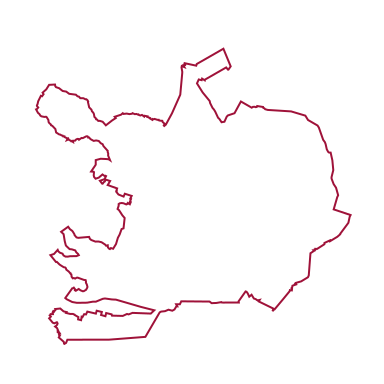 outline of Guadalupe Victoria, Puebla, Mexico, rotated 174°
{"feature_id": "50627088B92616914414309", "entity_name": "Guadalupe Victoria", "entity_type": "district", "adm_level": 2, "iso_a3": "MEX", "parent_name": "Mexico", "parent_adm1": "Puebla", "projection": "mercator", "projection_center": [-97.339, 19.307], "detail": "fine", "context": "isolated", "style": "outline", "palette": "rose", "viewbox_px": 384, "rotation_deg": 174, "n_neighbors": 0, "source": "geoboundaries", "source_scale": "gbopen_adm2", "svg_char_len": 5986}
<svg xmlns="http://www.w3.org/2000/svg" viewBox="0 0 384 384"><g transform="rotate(174 192 192)"><path d="M339.7,61.3L335.2,56.4L335.1,54.6L334.8,54.3L333.0,55.1L331.4,58.1L289.5,53.8L253.5,52.8L236.7,75.7L235.2,76.3L231.3,76.3L227.7,77.4L224.0,76.0L221.7,77.0L219.5,79.9L218.6,79.8L219.5,82.0L215.8,81.6L214.1,84.4L186.0,81.2L184.1,79.4L179.3,79.1L174.7,79.4L174.7,79.2L172.8,78.8L157.0,77.2L157.1,78.4L149.1,87.5L148.2,87.1L147.2,85.4L146.0,81.9L143.5,83.6L141.6,79.6L139.8,78.8L138.7,77.7L137.5,77.4L136.0,77.6L137.1,76.2L123.2,67.5L124.4,65.0L122.5,67.0L122.1,66.7L112.8,75.7L105.3,83.1L104.9,84.2L103.0,83.7L102.6,85.4L103.1,86.0L102.4,86.6L101.9,88.3L98.0,89.2L98.2,89.7L99.6,89.4L98.5,90.7L92.8,91.7L85.6,95.1L84.6,96.8L80.6,118.7L76.8,120.7L77.2,121.3L76.0,121.2L76.0,121.9L75.4,121.9L75.3,122.6L73.6,122.3L65.8,126.2L65.6,127.5L58.6,129.9L61.0,128.1L52.1,132.3L49.0,134.5L49.0,134.9L39.7,145.0L37.8,150.8L36.7,152.5L52.9,159.9L48.1,171.7L47.0,173.5L48.3,181.2L50.3,185.0L51.8,190.7L51.7,192.1L49.2,199.0L49.1,208.8L50.0,216.7L51.6,216.9L52.4,217.7L53.5,220.4L54.1,225.6L54.6,227.6L56.1,230.2L59.1,242.8L60.2,245.0L69.1,251.5L71.3,256.1L85.0,261.8L108.1,265.7L110.6,266.7L111.3,267.7L112.3,268.2L112.4,269.1L118.2,270.7L118.7,269.8L119.8,269.7L120.7,270.2L122.5,270.3L123.8,269.6L133.9,276.9L141.5,265.9L148.3,264.4L149.6,263.3L152.4,258.5L155.3,258.3L157.2,261.9L158.3,263.1L160.5,269.5L161.6,271.8L162.8,273.5L164.7,278.6L164.9,280.6L171.0,289.9L175.7,299.5L173.5,303.2L170.7,302.2L170.1,303.7L167.6,301.7L167.4,302.4L145.0,312.3L143.4,309.9L143.0,309.9L140.4,312.9L145.8,331.2L173.9,318.8L174.6,317.2L185.9,320.9L186.1,320.4L185.3,319.5L185.5,319.0L187.3,319.0L186.5,317.0L189.0,318.3L189.4,317.0L189.1,312.5L189.3,311.2L193.5,290.0L203.7,272.3L211.0,261.7L212.7,260.6L213.1,261.2L211.9,262.5L213.9,264.7L214.1,265.9L216.4,266.3L217.6,266.8L217.6,267.3L218.9,267.4L221.6,268.6L222.5,268.3L223.4,268.7L223.9,267.9L226.2,269.6L226.0,270.0L228.7,271.4L228.4,271.9L231.3,272.8L231.7,272.0L233.7,273.9L235.3,273.5L236.7,274.1L237.1,274.8L237.9,274.7L239.0,275.4L240.8,275.4L242.9,276.6L243.5,276.1L246.1,276.0L248.7,276.8L252.0,276.8L252.6,277.6L254.5,276.3L261.0,274.9L260.1,273.5L264.0,271.5L270.7,267.3L273.5,271.2L276.3,272.4L277.8,272.5L279.1,274.2L279.8,274.4L279.9,275.3L281.2,276.9L281.4,279.8L281.9,281.2L283.1,282.8L283.4,284.4L285.4,286.9L286.1,292.5L285.8,292.9L286.4,294.3L287.4,295.3L288.2,295.3L290.2,296.6L293.3,297.0L294.4,298.6L295.9,299.2L297.3,300.9L303.9,302.5L306.6,305.0L310.1,306.0L313.3,309.1L316.3,310.5L316.9,311.5L317.0,313.2L322.9,313.5L326.2,309.3L330.2,306.4L329.4,304.8L331.1,302.9L332.2,303.5L335.5,298.3L336.4,295.6L337.2,294.3L337.2,293.7L336.1,292.1L337.8,290.5L338.4,290.4L336.9,286.8L335.7,285.6L334.8,283.8L333.9,283.0L331.0,282.1L329.3,282.1L328.7,281.6L327.3,278.6L327.3,276.6L326.7,275.4L325.3,273.9L325.2,273.1L324.0,272.4L321.3,268.9L320.9,265.4L318.0,263.1L317.1,262.9L315.6,261.8L314.7,261.6L314.4,260.8L313.0,260.7L312.9,259.9L310.3,258.3L309.6,258.4L309.2,257.3L309.7,257.6L310.6,257.4L311.0,256.7L309.6,257.2L307.2,255.6L306.8,255.0L306.2,255.1L305.1,254.2L305.2,255.4L302.9,255.3L301.8,256.3L300.4,256.8L299.3,256.6L298.9,255.8L296.2,257.3L295.0,257.0L291.4,258.4L290.4,258.4L289.8,258.0L289.6,257.0L288.7,257.0L287.4,255.2L285.0,253.5L284.4,253.1L282.0,253.3L279.4,252.5L277.6,250.0L275.9,248.9L275.2,246.8L271.5,241.7L271.7,240.7L271.3,239.1L271.6,237.0L270.2,232.2L271.4,233.2L272.9,233.6L279.3,234.6L284.4,233.8L284.9,229.2L290.2,222.9L287.7,222.4L287.4,222.0L288.0,218.8L287.8,217.2L286.5,215.3L283.3,216.0L279.2,218.8L276.7,216.6L276.2,217.1L275.8,216.8L277.7,213.9L282.4,212.8L280.5,209.7L280.0,209.6L278.5,211.2L277.7,211.5L276.4,213.3L272.3,211.5L275.1,207.7L266.1,203.4L267.2,200.9L266.8,200.7L267.2,200.0L265.4,197.2L260.5,194.6L259.0,197.3L252.4,194.4L254.1,191.8L253.4,191.4L254.8,188.7L254.0,188.3L255.1,186.3L256.1,187.2L256.7,187.0L257.1,187.7L258.2,186.6L258.7,186.5L261.2,187.9L263.0,188.4L265.0,188.3L266.2,187.7L266.4,185.9L267.8,182.9L266.5,181.6L263.7,176.1L261.7,173.2L263.9,163.0L265.9,162.5L268.4,157.3L270.5,154.2L273.0,148.2L276.4,143.8L278.5,144.7L279.6,143.8L280.2,144.1L281.4,145.7L281.4,147.8L283.0,147.5L283.9,148.8L287.2,151.5L290.1,152.5L293.3,152.8L297.2,154.8L298.5,156.2L299.0,158.1L309.9,158.3L311.6,158.9L313.3,161.4L313.3,162.1L314.5,164.7L315.2,165.9L317.3,167.8L318.8,170.4L326.3,166.1L324.1,163.5L323.7,156.4L323.1,152.3L322.7,151.5L319.7,148.0L317.4,147.5L314.2,146.1L313.4,144.1L311.8,142.3L311.2,141.0L313.7,140.3L319.9,140.9L322.3,140.7L324.6,141.0L326.4,142.3L327.2,144.2L329.8,145.5L331.1,146.9L331.6,148.5L335.7,144.8L339.4,144.0L334.6,136.6L333.7,136.6L331.3,133.7L329.6,132.3L327.4,130.6L326.0,130.2L325.4,129.4L325.1,127.9L322.8,125.7L321.7,124.0L321.3,123.9L321.2,123.1L320.6,122.6L320.6,120.3L319.6,118.6L318.5,118.8L317.3,118.1L315.8,118.8L314.7,118.8L308.7,115.9L307.0,115.5L306.8,113.9L307.0,112.9L306.3,111.1L305.9,108.8L306.1,107.9L307.6,105.8L310.0,104.7L311.0,104.7L313.2,105.9L314.8,107.4L317.9,105.9L318.7,106.5L318.3,107.2L319.5,109.2L320.2,108.7L321.1,108.8L329.1,99.8L327.9,98.5L322.6,95.1L318.0,93.8L308.0,92.9L301.9,93.3L299.0,93.0L291.9,95.1L289.7,95.2L282.8,93.5L278.9,92.9L254.9,83.1L241.9,78.3L245.7,75.4L263.8,78.0L267.8,76.9L269.4,77.5L273.8,76.0L284.5,77.4L284.7,78.7L290.0,80.6L291.1,77.5L295.3,79.2L294.2,82.1L299.2,83.9L300.3,81.1L308.6,84.0L310.2,81.3L312.0,81.8L314.0,79.0L314.8,79.5L315.7,76.1L318.6,77.2L318.1,79.5L321.6,82.0L321.6,82.3L323.2,83.2L326.0,83.5L329.9,84.9L329.3,85.7L332.2,86.7L335.2,89.9L340.3,89.9L340.1,89.0L341.8,87.5L342.4,88.1L342.7,87.8L342.4,86.8L343.2,86.6L343.1,85.1L345.2,85.3L345.2,85.0L346.4,84.2L345.4,82.8L347.3,81.3L344.2,76.6L342.7,75.8L340.0,76.6L339.4,75.4L339.9,74.2L341.1,73.1L342.2,72.5L340.4,70.7L339.6,68.1L340.1,68.3L340.2,66.6L338.7,66.1L338.6,65.9L339.1,66.1L339.2,65.2L338.8,65.1L339.0,64.4L337.8,64.1L338.9,64.0L339.0,63.4L338.4,63.1L339.7,61.3Z" fill="none" stroke="#9f1239" stroke-width="2"/></g></svg>